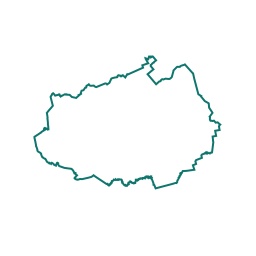 outline of Alsviķu pag., Aluksne, Latvia, rotated 141°
{"feature_id": "27541924B42168726179868", "entity_name": "Alsviķu pag.", "entity_type": "district", "adm_level": 2, "iso_a3": "LVA", "parent_name": "Latvia", "parent_adm1": "Aluksne", "projection": "orthographic", "projection_center": [26.89, 57.426], "detail": "fine", "context": "isolated", "style": "outline", "palette": "teal", "viewbox_px": 256, "rotation_deg": 141, "n_neighbors": 0, "source": "geoboundaries", "source_scale": "gbopen_adm2", "svg_char_len": 5585}
<svg xmlns="http://www.w3.org/2000/svg" viewBox="0 0 256 256"><g transform="rotate(141 128 128)"><path d="M144.5,63.7L128.9,56.7L125.5,55.3L125.0,54.7L123.8,55.0L123.3,55.6L122.5,56.2L121.7,56.3L120.2,57.0L119.9,57.1L120.0,57.2L119.9,57.5L119.6,57.4L119.2,57.7L118.8,57.6L118.4,57.8L118.4,58.1L118.1,58.4L117.9,58.4L117.3,58.4L117.2,58.3L116.9,58.5L116.4,58.5L116.4,58.8L116.1,58.9L116.1,59.1L115.8,59.0L115.6,59.1L115.6,59.4L115.3,59.3L115.3,59.5L115.1,59.4L114.8,59.3L114.6,59.4L114.6,59.6L114.0,59.4L112.6,60.1L109.4,57.8L102.7,53.8L101.0,58.2L97.7,57.2L96.6,59.7L95.2,60.2L89.4,58.3L88.2,60.6L87.1,60.8L85.2,60.2L84.2,60.1L84.2,59.8L83.6,59.8L83.5,59.7L83.4,59.4L82.9,59.7L82.8,58.6L82.7,58.4L82.5,58.5L82.5,58.9L82.3,59.2L81.9,59.4L81.7,59.1L82.1,58.7L81.0,57.6L80.4,56.7L79.6,57.0L78.4,56.1L78.0,56.2L70.8,63.1L70.5,63.4L70.0,64.6L69.8,64.7L67.6,68.1L64.5,66.4L62.0,71.0L58.1,68.8L56.3,72.0L55.7,72.2L55.4,72.6L54.2,72.6L54.8,76.0L56.5,77.0L56.5,78.0L56.6,79.6L58.1,80.4L58.7,81.4L59.3,81.7L59.2,82.8L58.5,83.7L57.3,85.0L57.4,85.4L52.8,86.6L52.6,87.9L52.2,92.7L49.8,96.3L49.8,96.6L51.4,100.6L51.4,106.8L51.0,106.9L52.1,109.9L45.5,124.6L43.1,129.4L43.2,129.5L43.8,141.6L45.1,141.9L46.4,142.5L47.8,143.0L48.9,143.1L49.3,142.9L50.5,143.9L51.1,144.5L51.8,144.6L56.4,144.1L57.7,143.0L58.2,142.7L61.8,140.1L62.5,139.9L64.6,139.9L65.3,140.3L67.9,142.8L69.9,143.4L70.6,144.3L71.1,144.5L72.3,144.4L73.3,143.9L73.7,144.2L74.5,144.5L78.6,144.3L78.9,157.5L71.3,157.6L71.4,161.8L70.6,162.7L69.9,162.5L68.9,162.8L67.7,162.9L66.7,162.6L66.3,162.9L63.6,162.9L63.7,167.8L64.2,168.5L64.5,168.5L65.1,168.3L65.3,168.6L66.2,168.7L66.2,169.0L65.8,169.6L66.7,170.3L69.0,168.7L70.5,171.2L70.7,170.8L71.6,165.6L77.4,167.7L78.3,165.4L94.8,169.8L94.6,170.1L94.7,170.3L98.3,169.0L98.8,172.3L99.2,172.5L99.5,172.3L100.2,172.3L100.7,172.8L101.0,172.7L101.2,173.9L101.9,174.3L102.1,174.9L102.8,175.1L103.8,174.8L104.3,174.3L104.7,174.4L106.6,175.6L108.6,176.5L109.8,176.9L114.0,174.8L116.8,175.0L116.8,175.5L116.9,176.1L117.7,177.0L127.0,179.8L127.5,180.7L127.7,181.3L127.9,182.5L130.2,184.1L130.8,184.8L131.1,185.9L131.0,186.6L131.8,186.6L133.7,186.9L135.0,185.8L135.8,186.3L138.8,185.4L140.6,186.2L142.7,184.9L142.9,184.1L143.5,184.1L145.4,184.6L145.4,184.2L149.4,184.0L152.1,187.4L152.5,190.5L155.1,192.9L154.9,193.1L156.0,194.0L160.2,194.8L159.9,195.2L159.9,195.5L160.7,195.9L160.6,196.9L160.2,197.4L160.3,197.5L161.1,197.8L162.0,197.9L163.0,198.6L163.7,198.7L164.3,199.1L164.3,199.6L164.1,200.7L164.2,201.3L164.3,202.1L164.6,202.2L165.9,202.1L166.4,201.6L168.3,201.1L168.8,200.5L172.4,192.6L174.7,192.1L177.8,191.6L181.6,190.8L181.9,190.1L184.1,186.5L184.8,185.9L184.8,185.7L187.0,182.4L188.0,181.2L188.6,180.0L191.2,176.3L191.1,176.5L191.3,177.0L191.2,177.3L191.2,177.7L191.2,178.2L191.2,178.3L192.2,178.7L192.0,179.1L192.0,179.4L192.4,179.9L192.5,180.4L192.6,180.5L193.2,180.5L194.2,179.9L194.4,179.6L194.4,179.3L194.1,178.9L197.6,179.4L198.1,179.2L206.3,180.0L207.0,179.0L208.0,176.9L208.8,175.3L210.1,172.9L211.0,171.5L211.0,171.0L212.0,168.3L212.2,168.2L212.7,167.2L212.7,166.2L211.8,164.0L211.7,163.2L211.8,163.2L211.9,162.6L212.1,162.1L212.7,160.5L212.7,160.1L212.7,159.1L212.9,159.0L212.4,157.5L212.0,156.5L211.8,155.7L211.7,155.7L211.8,154.8L212.2,153.0L212.1,152.2L211.7,151.3L211.5,150.1L210.8,150.2L210.4,148.5L209.8,148.8L209.1,148.9L208.5,147.0L208.6,145.9L207.7,144.1L206.7,144.8L205.4,145.5L204.8,145.5L204.4,144.6L205.3,143.4L205.4,141.7L202.5,137.0L197.6,131.8L197.4,129.4L198.1,126.8L197.5,126.8L197.2,126.1L197.9,125.9L197.4,123.3L199.7,123.0L199.6,122.9L201.2,122.3L200.9,121.3L200.5,120.4L199.5,119.6L199.5,119.4L198.1,118.8L197.4,118.6L195.8,117.1L189.0,113.8L187.0,113.0L184.5,112.9L184.5,112.7L183.5,109.3L179.9,97.9L179.0,97.5L178.9,96.5L179.3,96.2L179.2,95.7L179.0,95.2L178.1,95.2L177.9,95.6L177.5,95.8L177.2,95.8L177.0,95.5L176.8,95.4L176.4,95.9L176.0,96.1L175.8,96.1L175.5,95.6L175.1,95.6L174.8,95.9L174.8,96.2L174.7,96.3L174.0,96.9L173.6,96.6L173.0,96.6L172.6,96.4L172.4,96.5L172.1,96.4L171.5,96.8L170.8,95.8L170.6,95.7L170.1,95.9L170.1,95.7L170.0,95.1L169.4,94.8L168.7,94.8L168.5,94.7L168.8,94.3L168.6,93.9L167.8,93.5L167.4,93.7L167.1,93.7L166.8,93.4L166.4,92.7L165.8,92.4L165.5,91.8L165.7,91.1L166.2,90.5L166.0,90.3L166.0,89.9L166.7,89.5L167.0,89.2L166.6,88.6L166.9,87.3L166.8,85.9L166.1,85.6L166.3,85.2L166.4,84.9L166.2,84.6L165.4,84.5L165.3,84.4L165.4,83.9L165.3,83.7L164.3,83.9L164.0,84.1L163.8,84.3L163.5,84.4L163.3,84.2L163.0,83.8L162.8,83.8L162.7,84.5L162.2,85.2L162.0,85.3L161.4,85.1L161.0,84.8L160.2,85.1L159.9,85.2L159.4,84.2L159.8,83.8L159.7,83.3L159.2,82.8L159.1,82.3L159.0,82.2L158.4,82.1L158.3,81.9L158.7,81.4L159.1,81.2L157.5,81.3L157.2,80.8L157.0,80.7L156.4,81.4L155.9,81.5L155.1,82.0L154.8,82.4L154.7,82.7L154.6,82.8L154.3,82.3L153.8,82.1L153.7,82.0L153.7,81.5L153.4,81.6L153.3,81.9L153.2,81.8L153.3,81.4L153.1,81.1L152.9,81.1L152.8,81.3L152.2,81.7L151.6,81.6L151.4,81.1L151.1,81.0L150.9,81.2L150.5,80.9L150.1,81.1L149.2,80.4L149.1,80.2L149.1,79.8L148.9,79.5L148.4,80.0L148.1,80.0L147.5,79.5L147.1,78.8L146.5,78.4L146.4,78.2L146.1,78.4L145.9,79.1L145.7,79.1L145.0,78.7L144.8,78.5L144.7,78.1L144.4,78.1L144.3,78.6L144.1,78.8L143.4,78.1L143.1,78.0L142.9,77.8L143.2,77.4L143.2,76.9L143.7,76.9L143.8,76.7L143.7,76.2L143.2,76.2L143.0,75.9L142.7,75.7L142.6,75.8L142.7,76.1L142.3,76.5L141.8,75.7L141.8,75.4L141.4,75.8L141.5,76.3L140.8,76.2L140.7,76.1L140.8,75.8L140.6,75.7L140.8,75.5L140.8,75.3L140.9,75.1L140.8,74.9L140.9,74.6L140.8,74.3L141.2,74.1L141.3,74.2L142.9,69.3L143.9,67.8L143.4,67.4L144.5,63.7Z" fill="none" stroke="#0f766e" stroke-width="2"/></g></svg>